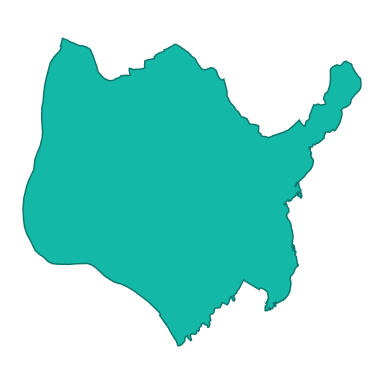 the district of Pedraza, Magdalena, Colombia
{"feature_id": "7082276B4621695095776", "entity_name": "Pedraza", "entity_type": "district", "adm_level": 2, "iso_a3": "COL", "parent_name": "Colombia", "parent_adm1": "Magdalena", "projection": "equal_earth", "projection_center": [-74.79, 10.149], "detail": "fine", "context": "isolated", "style": "filled", "palette": "teal", "viewbox_px": 384, "rotation_deg": 0, "n_neighbors": 0, "source": "geoboundaries", "source_scale": "gbopen_adm2", "svg_char_len": 5973}
<svg xmlns="http://www.w3.org/2000/svg" viewBox="0 0 384 384"><path d="M24.5,226.7L26.8,233.9L30.8,241.2L35.5,250.9L40.3,255.0L43.3,256.8L48.3,261.7L52.5,263.6L57.3,264.1L69.0,264.4L75.6,263.8L87.4,263.4L91.9,265.0L96.2,268.0L104.8,276.0L109.4,279.1L114.5,282.1L121.4,284.1L127.5,286.9L134.1,290.9L148.1,301.4L159.3,312.4L160.6,314.6L159.7,315.3L165.9,324.4L166.2,324.0L172.2,334.7L176.5,341.3L177.9,345.7L179.4,345.7L181.8,344.5L184.6,341.2L185.4,337.2L187.5,335.4L187.8,335.5L187.5,336.9L188.0,338.0L190.8,340.6L191.5,340.1L190.5,336.4L190.6,334.8L191.6,333.9L193.5,333.9L194.6,334.4L195.9,333.9L196.5,333.2L196.9,330.8L198.6,331.1L199.2,330.3L199.2,328.5L199.7,327.4L201.3,325.8L201.3,324.1L202.3,323.4L203.4,323.7L204.1,323.2L204.6,323.4L205.1,324.8L206.3,324.8L207.3,325.2L207.5,326.8L207.9,327.3L208.8,327.1L209.3,326.5L209.3,325.5L209.7,324.8L209.9,323.7L209.3,322.8L209.7,321.4L210.7,320.6L210.7,319.3L210.2,318.8L210.1,318.0L209.9,315.4L210.2,314.8L211.2,314.1L212.8,313.8L213.5,312.9L214.3,310.4L214.4,308.8L215.7,308.0L218.3,308.0L220.1,307.5L222.4,302.7L223.0,302.7L227.2,304.8L228.5,302.9L230.8,296.5L231.8,296.8L232.0,298.9L233.3,300.9L234.3,300.7L234.8,300.1L234.8,299.1L233.5,295.6L234.6,295.0L235.5,293.6L236.6,293.1L237.1,290.5L238.6,289.6L243.5,280.0L259.3,289.6L259.8,288.3L261.5,288.1L263.0,288.6L266.5,291.0L267.4,292.3L267.8,293.6L268.5,298.1L267.7,299.5L267.7,301.5L267.1,301.4L267.2,301.9L266.6,302.2L267.1,303.9L266.9,304.2L266.2,303.9L266.7,304.6L266.5,305.7L265.8,307.0L265.3,306.5L265.1,310.4L265.3,310.8L266.5,310.3L267.3,310.7L268.5,309.6L268.9,308.7L268.8,307.9L269.3,307.4L269.8,308.2L269.2,309.3L269.6,309.7L270.0,309.3L270.5,309.6L271.0,308.9L272.3,308.7L273.1,307.2L274.0,306.4L273.9,304.9L274.2,306.1L274.6,306.1L274.3,305.9L274.5,305.3L274.8,305.7L275.4,305.6L275.0,305.1L275.5,304.1L275.3,303.8L274.9,304.7L274.2,304.0L273.8,304.8L273.3,303.5L273.7,302.9L275.5,302.8L275.8,302.4L276.0,303.9L276.6,303.1L278.7,302.4L279.7,301.6L280.1,301.7L282.5,300.1L283.5,300.2L284.1,298.8L284.9,298.9L287.7,295.5L289.7,291.6L290.1,289.6L290.0,289.0L290.3,288.4L290.1,287.7L290.6,286.7L290.9,284.7L290.7,280.8L290.0,279.9L290.3,278.6L290.2,277.0L293.6,272.8L294.3,270.3L296.2,267.1L297.6,266.4L298.3,265.1L298.0,264.4L297.6,264.6L297.1,264.0L297.2,263.0L296.9,262.3L297.1,261.2L296.5,258.9L296.3,256.8L294.8,254.2L295.0,253.7L295.7,253.5L295.8,251.4L295.5,251.1L293.7,251.4L295.0,251.1L294.7,250.7L294.7,248.5L294.2,246.8L294.4,246.3L293.2,244.8L292.5,244.8L293.7,250.9L293.2,250.5L293.3,250.1L293.0,250.1L292.8,248.0L292.2,246.9L292.2,243.4L292.5,241.4L292.3,240.9L292.7,240.0L293.1,235.8L292.7,234.8L292.3,231.1L291.4,228.4L291.1,225.2L290.7,224.4L290.6,223.4L288.7,219.9L287.8,219.1L287.3,218.0L287.4,217.3L286.6,216.5L286.8,215.8L286.4,215.6L286.6,214.5L288.2,212.7L288.9,211.4L288.6,208.7L287.3,206.7L286.6,204.1L285.6,203.5L285.3,204.7L284.2,204.8L284.2,204.2L287.8,200.0L288.8,200.1L288.7,200.9L289.1,201.4L291.3,200.2L291.9,199.3L292.1,198.3L295.2,196.3L297.7,191.6L298.6,191.8L299.2,192.7L298.3,193.5L298.2,194.8L297.2,194.7L297.4,195.4L299.9,196.9L300.6,197.9L301.3,197.8L301.9,195.9L301.4,195.1L301.4,194.6L301.0,194.6L301.5,193.9L301.2,193.3L300.4,193.4L300.3,193.0L300.8,192.2L300.6,191.5L301.0,190.2L300.4,189.7L299.4,187.5L298.6,183.7L298.7,182.8L297.7,183.1L296.2,184.9L295.7,186.6L295.3,186.3L295.2,185.6L295.7,184.4L297.4,182.7L297.4,182.0L298.5,181.9L304.5,176.4L306.8,173.1L310.8,169.1L312.4,165.9L313.5,161.2L313.1,159.8L311.2,156.9L311.0,155.5L310.6,155.3L310.9,154.0L311.3,154.0L311.5,153.4L310.8,151.8L310.0,150.9L310.4,148.5L310.0,148.3L309.9,148.7L309.3,148.6L309.0,147.5L309.6,147.6L310.0,147.0L312.0,147.0L312.7,146.2L313.0,144.2L315.3,144.8L316.2,143.2L317.6,143.3L318.8,142.6L323.9,138.3L324.2,138.0L324.0,137.0L324.7,134.6L324.7,133.2L325.0,132.9L325.4,133.2L325.7,132.3L326.3,131.9L329.4,132.3L330.2,131.9L332.9,129.4L333.6,129.8L334.1,130.8L334.6,130.8L335.8,129.6L338.5,125.2L340.1,122.0L341.0,118.7L341.9,115.1L342.0,113.4L341.8,111.3L341.0,110.3L342.6,108.4L346.8,106.7L349.7,104.4L350.7,102.7L351.1,99.9L351.7,98.7L354.6,95.1L358.9,90.7L360.5,88.2L361.0,85.8L360.6,79.3L360.3,78.4L358.2,76.3L355.1,71.9L352.9,68.0L351.7,65.3L351.8,64.7L351.3,64.0L346.9,62.0L346.8,61.4L345.2,61.4L344.0,62.0L343.1,62.8L341.6,64.8L340.4,65.6L339.0,65.7L338.3,65.2L336.5,64.9L332.3,67.1L331.0,68.7L330.3,70.3L330.5,78.9L329.9,85.0L328.1,90.7L327.3,92.1L325.2,93.5L323.5,98.9L324.9,101.2L325.7,104.0L324.6,104.5L320.8,105.1L318.5,104.2L317.2,104.2L316.0,105.3L313.8,104.7L309.4,116.1L309.3,116.6L309.9,117.8L308.4,120.0L306.2,121.2L304.8,126.2L303.5,125.6L301.4,123.7L299.3,120.0L294.3,124.9L288.3,130.1L286.3,130.8L284.8,131.8L272.5,135.9L271.0,136.9L269.0,137.3L268.7,137.8L265.6,136.6L262.1,136.4L260.6,133.6L259.1,132.7L258.5,131.9L258.7,126.0L258.3,125.6L254.1,124.4L250.0,124.2L249.2,123.2L247.0,118.9L243.9,117.3L242.3,117.1L241.0,116.3L238.4,111.8L236.0,109.9L233.6,106.1L230.6,103.0L227.1,96.2L226.9,91.0L224.8,82.6L223.7,79.7L223.8,79.1L221.3,80.1L219.7,78.4L218.1,76.0L216.3,70.9L215.5,70.0L213.7,68.4L210.9,67.7L205.3,69.9L201.8,69.1L200.6,67.7L197.7,63.5L195.3,59.0L194.4,58.1L191.9,56.4L187.8,52.0L184.5,50.0L183.8,49.1L182.6,48.8L180.7,47.0L176.6,44.7L174.5,44.4L172.2,46.2L171.1,46.5L167.2,48.8L164.1,49.9L164.4,51.2L158.7,53.2L155.9,55.0L154.1,57.2L154.3,58.5L145.8,60.4L144.8,61.1L144.6,65.7L144.9,67.9L141.4,69.0L133.2,69.6L130.5,68.4L129.3,68.4L129.3,70.9L130.3,75.1L129.9,75.6L126.3,75.3L121.2,75.7L120.7,76.5L118.1,78.2L115.7,78.6L114.2,80.0L112.5,80.5L108.9,80.7L103.9,78.3L98.0,71.8L96.6,66.2L92.5,54.5L90.3,49.6L87.1,47.3L82.7,45.9L79.0,45.4L76.1,44.3L72.8,42.7L70.0,41.9L67.7,40.3L62.5,38.3L60.9,45.1L60.3,46.4L61.5,47.3L59.5,51.1L53.7,57.4L50.4,62.7L46.4,77.5L44.7,85.9L44.0,91.4L43.0,102.4L41.9,107.5L41.7,118.6L42.6,132.1L42.2,137.7L40.1,146.2L37.2,153.1L34.9,159.7L33.8,169.7L28.9,180.1L26.9,185.3L23.8,198.5L23.0,208.8L23.6,219.5L24.5,226.7Z" fill="#14b8a6" stroke="#0f766e" stroke-width="1.5"/></svg>